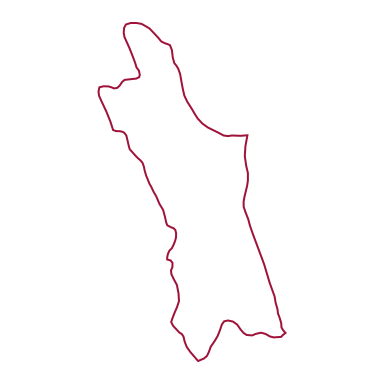 Douya-Onoyè, Ngounié, Gabon
{"feature_id": "22940354B97081518304262", "entity_name": "Douya-Onoyè", "entity_type": "district", "adm_level": 2, "iso_a3": "GAB", "parent_name": "Gabon", "parent_adm1": "Ngounié", "projection": "natural_earth1", "projection_center": [11.048, -1.613], "detail": "fine", "context": "isolated", "style": "outline", "palette": "rose", "viewbox_px": 384, "rotation_deg": 0, "n_neighbors": 0, "source": "geoboundaries", "source_scale": "gbopen_adm2", "svg_char_len": 2131}
<svg xmlns="http://www.w3.org/2000/svg" viewBox="0 0 384 384"><path d="M247.4,135.3L240.5,135.8L231.8,135.5L228.0,136.1L223.6,135.5L217.8,132.4L212.9,130.0L207.7,127.4L202.3,123.5L197.6,118.4L194.5,113.5L192.2,109.5L187.3,101.8L184.3,95.5L182.6,87.9L181.3,80.8L180.1,73.9L178.3,68.9L176.5,65.8L174.3,63.1L172.8,57.6L171.9,50.1L170.0,45.2L167.8,44.2L164.5,43.1L161.2,41.4L158.2,37.7L153.9,33.1L149.5,28.5L145.9,26.3L141.6,23.9L136.4,23.0L130.6,23.0L125.9,24.5L124.1,27.9L123.7,32.9L124.5,37.1L126.7,42.0L129.3,47.7L131.6,53.5L135.0,62.4L136.5,67.4L138.9,70.6L139.8,74.8L139.2,77.1L136.2,78.6L130.5,79.2L124.6,79.9L122.2,81.9L119.6,85.7L117.2,87.9L114.0,88.4L112.0,87.5L108.5,86.4L103.4,86.3L99.4,87.3L98.5,91.6L99.1,95.9L101.2,100.6L106.5,111.9L110.4,121.6L113.1,130.0L116.0,131.1L119.8,131.2L122.2,131.7L124.2,132.7L126.3,135.4L127.4,139.9L128.7,145.7L129.7,149.2L132.3,152.1L135.3,155.5L137.8,158.1L140.6,160.5L142.5,162.8L143.9,166.7L144.8,171.1L146.3,176.0L147.9,179.8L149.3,183.4L151.4,187.2L153.6,191.8L156.3,196.5L159.5,204.0L163.1,209.9L165.0,216.9L166.2,222.5L167.3,225.3L170.7,227.1L173.5,228.2L175.3,229.9L176.1,233.2L176.0,237.5L175.1,240.9L173.8,244.3L171.8,248.3L169.4,250.7L167.9,254.0L167.2,257.3L167.2,259.5L170.7,260.5L172.5,263.0L172.4,267.3L171.0,270.4L171.4,274.2L173.9,279.4L176.9,285.0L178.5,293.2L179.0,301.1L177.0,307.2L174.3,313.4L172.4,318.4L171.2,322.0L173.0,325.7L179.4,332.6L181.8,334.0L183.5,336.6L184.7,341.7L186.7,346.9L190.3,352.0L198.1,361.0L204.0,358.5L207.0,355.9L209.1,351.4L210.7,346.8L213.0,343.5L215.6,339.5L217.7,335.9L220.1,329.8L221.9,324.4L224.2,321.3L228.0,320.5L232.8,321.5L237.1,324.5L240.6,329.5L243.5,332.9L246.7,335.0L252.3,335.4L255.7,333.9L261.0,332.7L265.5,333.9L269.8,336.4L273.7,337.4L281.1,336.9L282.8,335.1L285.5,332.9L283.2,330.4L281.5,327.4L281.2,323.1L279.6,317.7L278.0,313.5L277.4,308.9L275.6,302.6L274.6,296.5L269.7,282.9L264.1,264.2L252.9,234.1L249.9,225.5L248.3,219.4L245.3,211.7L243.7,206.9L243.6,201.6L244.5,196.7L245.7,191.7L247.1,185.9L247.9,180.6L247.9,173.0L246.2,165.8L244.8,156.2L245.4,146.4L247.4,135.3Z" fill="none" stroke="#9f1239" stroke-width="2"/></svg>